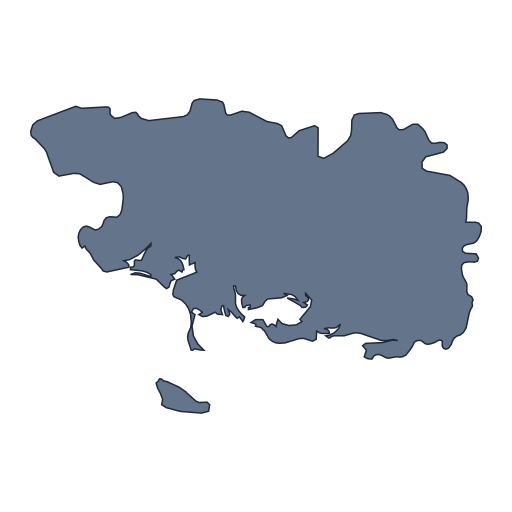 SVG path tracing the border of Morbihan
{"feature_id": "FRA-5327", "entity_name": "Morbihan", "entity_type": "Metropolitan department", "adm_level": 1, "iso_a3": "FRA", "parent_name": "France", "parent_adm1": "", "projection": "equal_earth", "projection_center": [-2.844, 47.752], "detail": "fine", "context": "isolated", "style": "filled", "palette": "slate", "viewbox_px": 512, "rotation_deg": 0, "n_neighbors": 0, "source": "natural_earth", "source_scale": "10m", "svg_char_len": 5812}
<svg xmlns="http://www.w3.org/2000/svg" viewBox="0 0 512 512"><path d="M371.7,359.1L367.6,358.7L364.2,356.8L366.4,350.2L362.6,345.7L365.6,343.4L382.4,342.6L392.2,340.2L397.8,340.5L393.4,339.5L386.2,340.6L381.3,340.5L360.7,333.4L356.5,332.8L353.0,333.2L344.2,335.8L334.1,335.8L331.6,336.5L330.1,337.8L328.5,338.0L325.7,335.8L329.7,335.2L334.5,332.6L338.5,328.7L340.5,324.0L336.4,327.6L332.5,328.1L328.6,327.8L324.0,328.7L326.2,329.1L327.8,329.8L328.9,331.1L329.5,333.4L322.7,333.5L319.5,332.9L316.7,331.1L316.2,339.3L312.6,341.2L303.6,338.4L299.1,338.6L285.1,342.9L279.9,343.3L275.9,342.9L272.4,341.4L268.7,338.4L268.2,337.1L264.1,330.3L263.0,329.9L261.9,328.1L259.4,327.0L256.3,326.5L255.5,326.2L255.9,325.7L255.7,324.0L251.1,322.5L255.6,319.6L262.9,319.6L266.9,326.6L268.7,326.6L270.2,324.7L271.8,324.0L273.6,324.5L276.1,326.6L276.4,324.3L277.9,319.3L282.1,323.6L288.9,325.5L296.2,324.9L301.9,321.6L299.9,319.3L310.4,306.6L311.7,300.1L305.6,293.3L305.6,295.5L308.2,297.8L308.5,300.0L306.9,301.7L303.6,302.5L307.4,304.9L306.2,306.6L305.0,307.3L301.9,307.5L300.5,305.5L287.1,298.0L292.7,298.7L298.1,300.4L294.9,296.4L291.7,294.6L283.4,293.3L287.1,295.5L281.5,297.8L267.6,299.0L264.9,301.5L262.5,305.6L257.3,307.7L248.4,309.6L248.4,307.5L250.2,307.5L250.2,304.9L246.7,305.4L245.8,306.0L244.7,307.5L242.9,307.5L241.8,303.3L241.5,299.8L242.4,297.1L244.7,295.5L240.8,295.3L238.0,293.5L236.2,290.3L235.5,286.0L233.5,286.0L233.9,288.7L235.2,293.1L235.5,295.5L235.5,303.7L236.5,307.2L238.9,311.0L241.9,314.5L244.7,316.9L244.0,319.3L243.6,320.3L242.8,321.6L242.1,320.4L239.3,316.9L237.1,318.3L234.7,316.0L231.8,312.5L228.2,309.6L229.8,314.2L228.3,316.4L225.8,315.5L224.5,310.9L223.5,305.6L221.8,306.1L220.9,310.0L222.5,314.6L218.6,314.3L217.1,313.9L215.3,312.2L206.8,316.2L202.6,316.6L198.8,314.6L200.5,313.6L202.3,312.2L199.7,310.1L196.6,308.4L193.6,308.5L191.3,312.2L192.5,312.7L193.6,313.9L195.0,314.6L192.0,326.2L193.5,336.1L197.9,344.1L203.9,350.2L200.3,350.0L194.6,348.7L192.9,350.2L191.2,350.2L188.0,340.2L187.6,337.1L188.2,333.3L190.7,327.5L191.3,322.8L190.6,314.7L188.7,308.8L185.8,304.2L182.0,300.4L179.4,299.0L176.4,297.9L173.8,296.5L172.8,294.4L173.4,289.9L176.7,280.2L196.9,272.1L195.8,270.3L195.3,268.4L195.0,265.9L195.0,262.5L193.8,263.2L190.6,264.3L189.4,265.0L189.2,257.7L189.4,255.4L187.7,255.4L185.6,259.0L182.7,258.4L179.1,256.8L174.9,257.5L178.6,258.8L181.2,261.3L182.9,265.0L184.0,269.7L182.7,270.0L182.4,270.3L182.4,270.8L182.0,272.1L178.8,270.1L176.9,271.3L174.8,273.6L171.0,274.5L172.1,275.5L174.8,279.2L171.1,280.7L169.8,284.0L168.9,287.2L166.5,288.6L164.5,287.2L156.3,279.2L149.5,277.5L137.7,274.7L130.5,274.5L135.3,272.8L140.1,273.2L150.8,276.6L150.8,274.5L146.6,272.2L141.8,270.8L130.5,269.7L130.5,267.2L132.9,267.0L134.0,266.2L134.4,264.5L134.4,261.3L135.3,259.9L139.9,260.5L141.5,260.1L145.0,252.5L147.4,248.4L150.9,246.0L150.9,243.4L145.0,249.4L137.7,255.4L129.5,259.6L123.8,260.8L125.9,261.8L127.6,263.3L128.8,265.0L128.8,267.2L106.8,272.0L103.0,270.9L101.8,269.0L93.8,260.1L90.0,253.0L87.1,250.0L85.9,248.5L84.9,246.0L82.0,248.1L80.0,245.3L78.7,241.4L78.2,237.2L78.7,233.7L80.0,230.7L81.6,228.4L83.6,226.8L86.2,226.1L89.3,226.9L94.9,229.9L98.3,229.3L101.7,226.6L103.1,223.6L104.0,220.7L106.1,217.9L109.6,216.7L116.8,217.2L120.0,214.7L121.8,210.1L123.3,198.7L123.1,193.7L121.2,186.5L117.6,182.7L112.8,181.7L100.1,184.4L93.6,182.3L79.8,173.8L73.6,173.4L58.8,176.1L53.6,172.2L46.3,151.7L44.4,148.7L35.3,139.1L32.9,137.5L31.2,135.4L30.7,131.3L32.8,124.9L37.3,120.9L75.7,106.3L81.5,108.3L106.8,106.9L108.7,107.3L110.0,108.8L110.1,110.6L110.0,112.5L110.4,114.8L114.5,118.4L120.8,117.5L132.1,112.7L135.8,112.3L137.4,113.8L138.8,116.2L141.6,118.5L148.8,120.6L183.3,116.6L187.3,114.8L190.0,111.2L192.1,103.3L194.1,100.5L199.8,98.9L216.9,100.0L222.6,102.1L223.9,104.7L225.6,112.8L227.0,115.0L230.4,115.1L241.9,111.2L249.1,112.2L267.1,121.6L277.4,123.5L281.6,125.7L286.0,135.8L288.5,138.0L291.5,137.5L299.1,130.7L314.6,125.7L318.1,127.7L318.0,156.3L323.8,158.3L333.0,153.4L347.6,140.8L350.6,135.7L351.5,131.0L351.9,120.0L354.3,115.0L358.7,113.5L380.7,112.6L387.0,114.5L389.9,116.4L392.4,119.0L397.1,128.0L399.3,129.8L403.7,129.5L412.7,124.3L417.7,124.2L422.8,128.7L425.0,131.7L429.2,140.8L431.7,143.1L435.0,143.3L439.8,142.4L444.3,142.7L447.1,145.0L447.1,148.4L443.5,152.1L425.8,156.8L422.0,162.0L422.2,168.3L426.4,171.1L449.9,175.4L461.6,182.7L464.5,185.7L466.5,189.1L467.8,193.0L468.2,197.8L468.1,200.5L466.8,207.8L466.5,218.6L465.7,222.2L475.7,222.3L478.7,223.1L481.3,226.6L481.1,231.5L479.3,236.5L477.0,240.4L475.1,242.2L473.2,243.2L466.6,244.6L464.1,245.8L462.4,247.9L462.5,251.4L465.7,253.3L476.1,253.8L478.5,258.1L477.5,261.1L474.7,262.1L468.5,261.8L464.2,262.6L461.9,264.8L461.4,268.6L462.3,274.3L463.3,277.2L465.9,281.7L466.9,284.3L466.8,291.5L467.9,294.5L471.7,296.8L472.3,298.0L473.0,300.0L472.7,301.1L472.1,302.5L472.1,303.8L472.5,305.3L472.1,306.8L471.1,308.4L469.3,312.7L466.1,328.0L463.4,332.4L460.1,335.0L457.2,335.9L454.2,338.1L452.5,340.9L451.2,344.5L449.1,347.5L447.5,348.7L445.5,349.1L443.7,348.4L442.6,346.9L442.2,345.7L442.2,344.2L442.3,342.1L442.2,341.2L441.2,340.3L439.0,340.0L434.4,342.6L430.8,343.8L427.6,344.3L425.3,343.7L424.1,342.9L423.5,342.4L423.0,341.9L421.9,341.1L420.1,340.3L417.1,340.6L415.2,341.6L414.4,342.1L414.1,342.5L413.3,344.6L411.8,347.3L409.6,350.5L405.8,355.1L402.7,356.7L399.9,357.1L397.3,356.8L394.7,357.0L389.5,358.1L387.0,358.0L384.6,357.1L382.0,355.6L379.2,354.5L375.9,354.8L373.9,355.9L372.1,358.9L371.8,359.0L371.7,359.1ZM195.7,401.0L199.0,402.5L207.0,402.1L209.7,404.8L208.6,411.3L201.4,413.1L180.3,411.4L166.4,407.7L161.7,404.8L162.6,399.3L160.5,393.6L157.6,388.1L156.1,383.1L158.3,381.1L159.4,378.9L161.2,378.9L163.6,380.9L167.0,381.6L179.1,387.2L185.8,391.8L186.5,392.7L195.7,401.0Z" fill="#64748b" stroke="#1e293b" stroke-width="1.5"/></svg>